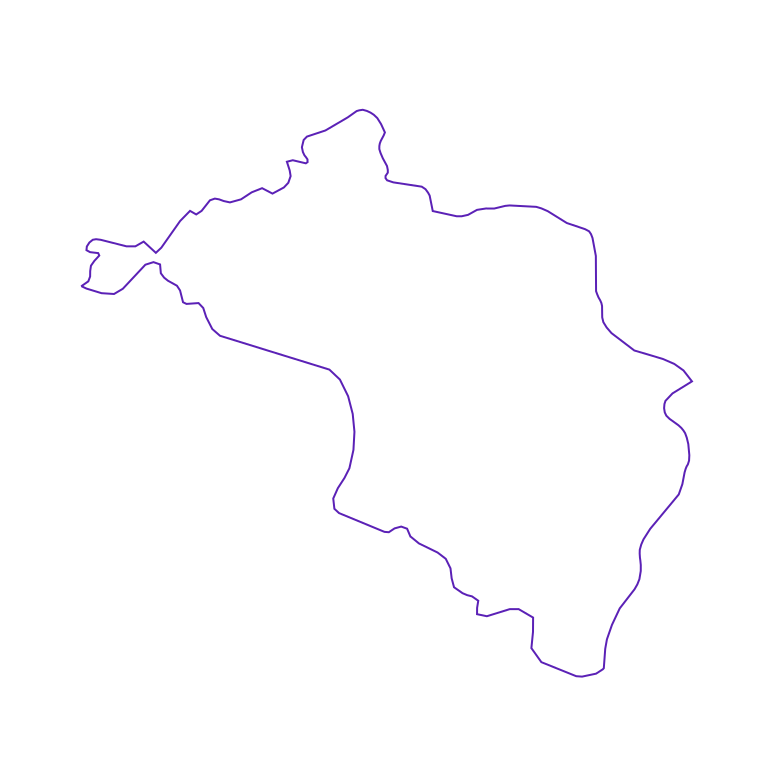 an SVG outline of Narayani, rotated 6°
{"feature_id": "NPL-1132", "entity_name": "Narayani", "entity_type": "Administrative Zone", "adm_level": 1, "iso_a3": "NPL", "parent_name": "Nepal", "parent_adm1": "", "projection": "natural_earth1", "projection_center": [84.782, 27.311], "detail": "fine", "context": "isolated", "style": "outline", "palette": "violet", "viewbox_px": 768, "rotation_deg": 6, "n_neighbors": 0, "source": "natural_earth", "source_scale": "10m", "svg_char_len": 2737}
<svg xmlns="http://www.w3.org/2000/svg" viewBox="0 0 768 768"><g transform="rotate(6 384 384)"><path d="M632.3,643.7L631.5,644.8L625.2,649.9L611.6,654.3L605.7,654.5L569.6,644.2L558.2,631.3L558.1,615.0L556.7,600.7L541.4,593.8L532.5,594.8L510.6,604.2L500.6,603.2L500.0,596.9L500.4,589.7L493.7,586.0L488.8,585.3L483.9,583.8L474.9,578.8L471.6,570.2L469.4,560.4L463.7,551.4L454.9,546.0L435.4,538.9L426.3,532.9L426.2,532.9L422.1,525.5L416.0,524.0L409.6,526.5L404.3,530.9L399.9,531.0L352.8,517.1L347.7,513.3L345.5,503.2L349.0,492.4L354.5,481.6L358.4,471.4L360.5,452.7L359.6,434.6L356.0,417.0L349.6,399.9L339.7,384.2L328.2,375.4L215.9,353.2L207.5,347.3L200.2,336.1L196.3,327.3L191.1,322.9L179.2,325.0L175.6,323.7L171.4,312.3L167.8,307.9L158.4,303.9L154.2,301.2L150.5,297.2L148.8,288.5L142.0,286.9L134.2,290.3L114.3,316.6L106.1,322.7L93.6,323.2L78.1,320.2L73.0,318.4L72.6,318.5L73.0,318.2L79.2,312.8L80.5,307.8L80.0,302.4L80.2,297.0L83.1,291.8L87.4,286.0L86.1,283.7L77.9,283.6L74.1,282.0L74.1,278.3L76.2,274.1L79.3,271.0L82.5,270.1L87.2,270.2L113.5,274.0L122.3,273.1L130.1,267.5L143.4,277.4L148.3,271.7L164.2,243.2L173.0,232.1L179.5,235.0L184.5,230.9L191.7,219.5L196.4,217.3L200.7,217.6L205.5,218.8L211.8,219.5L222.5,215.3L232.4,207.2L242.3,202.0L253.2,206.3L263.9,199.0L267.8,193.9L269.4,187.0L267.9,181.5L264.2,173.1L269.9,171.0L283.2,172.7L284.8,171.3L284.4,168.6L282.7,166.6L281.0,164.9L279.1,161.8L277.6,157.1L278.6,149.7L281.5,146.0L299.2,138.0L320.1,122.6L328.3,115.4L330.8,114.4L334.2,113.5L338.4,114.2L342.2,115.5L345.7,117.3L349.5,120.2L353.9,125.8L358.6,133.7L357.7,136.8L355.4,142.5L354.7,145.2L354.5,147.8L354.8,150.9L356.4,154.6L359.2,159.6L364.2,166.9L365.4,170.7L365.7,173.4L363.8,176.9L364.0,179.1L365.8,181.1L372.2,182.5L400.9,183.8L404.9,185.9L407.8,189.1L409.7,191.8L414.4,206.9L438.9,209.6L443.6,209.1L449.9,207.0L458.3,201.1L467.0,198.8L475.2,198.0L485.9,194.2L490.2,193.3L516.9,191.9L522.2,192.9L528.8,195.0L549.0,204.8L567.8,209.0L572.0,210.7L574.2,213.3L576.1,217.0L581.3,234.5L584.6,264.1L585.2,269.5L586.6,272.4L588.3,275.5L590.2,278.1L591.7,280.7L592.7,283.6L594.0,294.5L594.1,295.1L595.7,299.6L599.5,304.5L604.9,309.6L629.4,324.5L646.3,327.6L658.9,330.0L670.6,333.7L680.4,339.2L690.0,349.2L671.9,363.2L665.7,371.3L665.0,374.6L665.1,378.8L666.2,382.9L668.1,386.0L671.6,388.8L681.2,394.3L684.3,396.6L686.6,398.9L688.6,401.4L690.7,405.7L692.9,411.9L695.1,422.9L695.4,428.3L694.6,432.2L693.6,434.3L692.9,436.7L692.2,440.4L691.2,452.4L688.7,463.0L663.9,500.2L658.3,511.4L656.6,516.8L655.7,522.2L656.0,525.9L656.7,530.0L657.4,532.8L658.3,537.2L658.9,543.1L658.4,551.4L656.9,556.8L654.6,562.0L641.9,582.5L635.9,599.7L632.4,614.6L631.7,624.2L632.3,643.5L632.3,643.7Z" fill="none" stroke="#5b21b6" stroke-width="2"/></g></svg>